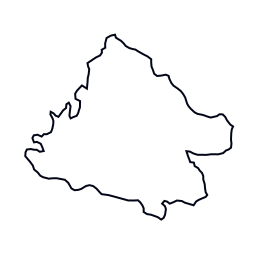 outline of São José da Bela Vista, São Paulo, Brazil, rotated 85°
{"feature_id": "56859067B616331535094", "entity_name": "São José da Bela Vista", "entity_type": "district", "adm_level": 2, "iso_a3": "BRA", "parent_name": "Brazil", "parent_adm1": "São Paulo", "projection": "orthographic", "projection_center": [-47.627, -20.59], "detail": "fine", "context": "isolated", "style": "outline", "palette": "ink", "viewbox_px": 256, "rotation_deg": 85, "n_neighbors": 0, "source": "geoboundaries", "source_scale": "gbopen_adm2", "svg_char_len": 2386}
<svg xmlns="http://www.w3.org/2000/svg" viewBox="0 0 256 256"><g transform="rotate(85 128 128)"><path d="M161.2,225.1L164.3,221.9L167.9,219.5L169.6,216.9L171.6,211.3L171.5,207.6L171.8,203.6L173.0,199.2L174.1,195.4L177.4,192.3L180.4,190.9L183.2,189.7L185.3,186.7L185.3,182.9L184.6,179.9L182.1,174.8L181.6,171.4L182.8,167.8L185.7,164.6L188.6,162.5L191.6,160.1L193.1,153.4L195.1,147.8L197.4,141.6L200.2,134.1L200.7,129.0L200.9,124.3L203.1,122.3L206.4,120.4L209.3,119.4L213.0,119.7L215.4,116.6L216.4,112.6L219.4,106.1L222.1,102.9L220.7,100.4L217.8,98.7L212.1,97.3L209.1,98.0L206.3,100.6L203.8,98.1L204.7,95.5L207.0,93.0L205.9,89.3L204.5,85.6L205.5,80.6L207.3,78.0L208.9,73.9L210.7,69.4L207.2,66.6L205.7,63.6L204.5,60.0L203.4,56.6L201.6,54.9L198.8,56.2L195.1,56.5L190.5,56.5L185.9,57.5L182.4,57.2L179.2,58.2L176.5,60.4L174.1,61.6L171.7,64.9L168.2,65.4L167.4,69.0L164.6,69.7L162.0,70.5L158.9,71.2L156.2,71.8L156.9,68.4L159.1,65.0L160.8,60.9L161.2,56.3L161.6,52.0L161.4,47.5L161.7,43.9L162.1,40.6L161.3,35.4L158.9,32.3L158.2,29.7L156.6,27.1L152.6,26.3L148.7,26.4L146.1,26.1L142.3,25.6L138.6,24.8L135.6,23.2L133.7,25.6L131.2,27.3L128.6,28.9L125.4,30.2L122.7,32.5L122.3,35.6L123.9,38.3L124.8,44.7L123.5,47.9L121.5,52.3L120.0,57.5L118.1,60.4L114.1,64.0L111.5,65.8L108.9,67.0L102.5,68.4L98.8,70.2L95.9,72.1L93.0,75.1L89.7,79.1L86.7,81.0L82.3,82.6L79.6,83.0L78.2,85.7L78.7,90.4L78.7,94.5L76.2,97.2L72.0,98.2L69.0,99.2L64.8,99.2L61.5,98.9L58.4,102.3L55.9,106.3L52.4,111.4L50.5,113.8L49.7,116.6L48.5,119.7L46.1,123.1L43.1,125.1L40.4,127.5L38.7,129.9L36.9,132.2L33.9,132.8L34.5,137.1L36.5,141.5L41.8,143.4L46.1,143.7L47.8,147.4L50.7,147.4L53.3,149.5L54.9,153.7L57.3,158.1L59.8,162.7L63.1,162.4L66.0,161.5L71.0,162.5L74.6,163.7L78.1,164.2L85.2,165.5L81.6,170.2L86.3,175.5L89.3,177.7L94.4,177.7L97.0,173.4L103.3,174.1L105.7,175.2L108.9,176.4L111.4,178.1L112.3,181.4L113.4,184.3L110.8,185.3L107.1,184.6L101.2,183.3L97.6,184.8L99.0,187.3L102.7,188.0L104.8,191.1L107.7,193.6L110.8,196.3L109.4,199.0L106.9,200.9L105.1,203.6L107.7,204.1L111.9,202.3L114.5,201.7L118.0,202.2L122.5,203.6L125.4,205.1L127.1,209.4L126.8,212.3L129.0,214.8L126.8,218.8L127.1,222.5L129.7,224.1L134.1,222.9L133.9,219.9L136.1,216.3L139.8,215.0L143.6,214.0L144.0,217.9L141.8,220.7L141.4,223.7L140.5,226.6L140.6,230.6L143.3,232.2L147.1,232.8L153.3,228.4L157.1,226.1L161.2,225.1Z" fill="none" stroke="#020617" stroke-width="2"/></g></svg>